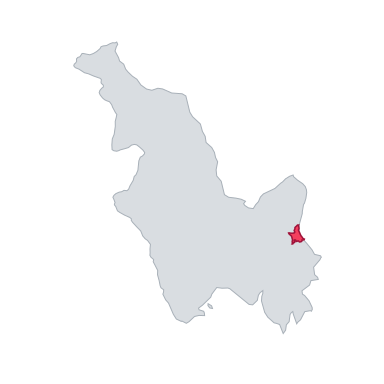 Cholwon, Kangwŏn-do, North Korea (highlighted), rotated 283°
{"feature_id": "82179303B128003605723", "entity_name": "Cholwon", "entity_type": "district", "adm_level": 2, "iso_a3": "PRK", "parent_name": "North Korea", "parent_adm1": "Kangwŏn-do", "projection": "albers", "projection_center": [126.987, 38.318], "detail": "fine", "context": "in_parent", "style": "filled", "palette": "rose", "viewbox_px": 384, "rotation_deg": 283, "n_neighbors": 0, "source": "geoboundaries", "source_scale": "gbopen_adm2", "svg_char_len": 4696}
<svg xmlns="http://www.w3.org/2000/svg" viewBox="0 0 384 384"><g transform="rotate(283 192 192)"><path d="M231.3,286.7L229.8,287.5L227.3,292.1L225.0,298.0L222.8,301.1L220.1,302.9L217.3,303.9L211.6,304.4L206.5,304.1L204.8,303.5L197.7,303.9L195.7,304.3L185.6,303.9L180.3,304.4L176.9,305.5L173.5,307.9L170.5,311.4L167.9,315.2L162.6,322.0L158.8,325.4L158.8,330.2L158.7,331.7L157.4,332.7L156.9,332.3L154.8,331.9L146.1,327.4L139.0,330.1L137.1,333.6L135.2,334.7L132.4,327.8L127.8,327.5L120.5,321.4L117.3,322.6L116.5,325.0L112.3,330.5L106.6,335.0L104.7,335.6L102.7,335.2L103.0,334.0L100.8,328.8L91.9,326.5L88.7,324.2L87.1,323.7L95.9,318.1L98.2,317.1L96.6,315.8L94.7,315.1L87.5,315.8L83.8,313.8L78.4,314.3L74.6,312.7L82.6,307.2L83.0,303.9L83.0,301.4L87.1,294.0L91.1,289.9L101.5,284.2L106.0,283.5L109.2,283.8L111.9,283.2L109.2,281.0L106.4,279.9L101.1,280.0L95.7,276.5L95.3,272.9L106.3,250.5L106.5,248.5L105.0,242.9L104.5,237.6L97.0,234.3L93.7,233.9L84.1,227.7L80.3,224.5L78.8,225.4L78.4,230.2L77.0,231.2L74.4,232.1L73.3,226.6L71.3,222.5L65.0,218.3L62.8,216.0L64.0,211.2L63.5,210.7L64.7,205.3L68.7,201.3L78.5,194.1L81.0,190.6L85.9,186.6L88.1,186.8L90.4,186.4L91.1,184.7L91.7,183.3L93.6,182.0L98.3,179.9L103.7,177.0L107.9,176.2L113.1,171.8L115.3,169.9L117.4,169.9L118.0,169.0L119.2,166.7L120.9,165.2L123.2,164.9L126.9,163.9L131.6,163.3L134.8,159.6L135.9,156.9L138.1,153.9L142.5,150.8L145.6,146.0L149.1,140.9L150.7,139.2L152.3,138.9L153.2,137.0L154.3,131.5L155.9,126.1L156.9,123.6L160.8,120.9L161.8,119.5L162.6,119.1L164.4,119.4L166.9,117.8L169.1,116.1L171.2,116.7L173.3,118.2L175.5,121.1L176.5,123.5L178.3,125.4L178.6,128.3L180.4,129.6L184.1,130.2L190.1,132.1L194.1,132.2L196.3,133.6L201.0,134.4L210.4,133.2L214.3,133.8L215.9,135.6L218.3,137.0L219.9,137.0L221.9,134.6L224.1,130.6L225.5,127.5L225.4,125.1L224.1,122.5L221.0,120.1L218.9,116.4L216.9,112.6L215.8,111.3L214.8,109.5L214.6,106.6L215.3,104.6L219.9,103.3L225.8,102.4L230.7,103.2L238.7,102.5L243.6,101.3L247.3,101.4L250.7,101.3L252.1,99.6L256.7,95.6L259.0,94.1L261.4,91.3L261.7,88.5L262.2,86.2L263.5,83.7L265.9,80.7L267.9,79.2L270.3,79.4L272.8,80.7L274.4,82.0L276.1,81.6L277.5,79.2L278.4,78.7L281.2,78.4L282.1,76.9L282.9,69.9L283.9,64.4L284.0,60.5L286.3,54.1L286.9,50.3L288.3,48.4L290.1,48.5L291.5,49.6L293.3,50.2L295.7,49.5L297.4,50.4L298.6,52.4L302.2,53.7L302.5,54.7L302.7,61.6L304.8,64.8L307.5,67.6L311.1,70.2L313.1,70.7L314.3,72.5L315.5,75.8L318.2,78.9L319.6,81.1L320.0,83.6L321.2,84.9L319.2,86.4L316.5,85.6L312.0,85.3L306.4,90.2L303.3,92.0L301.2,96.7L296.8,99.7L294.5,102.7L291.4,107.9L289.5,112.9L284.8,118.1L282.1,124.5L282.1,130.0L285.4,135.4L285.8,140.2L283.9,150.0L285.5,160.3L284.2,164.4L269.3,171.9L265.5,175.6L260.1,184.9L253.4,188.5L249.2,192.3L243.4,194.6L239.8,201.2L235.7,204.9L230.9,207.2L227.2,210.2L219.0,210.5L213.2,212.5L209.1,218.0L196.7,224.2L195.1,228.9L195.9,236.1L196.0,241.6L195.0,246.2L192.2,244.9L190.8,246.4L189.2,250.6L189.6,255.4L194.0,256.9L197.5,258.9L202.5,259.8L206.2,262.0L214.1,272.0L220.5,276.4L222.2,278.0L225.9,280.2L229.3,283.6L231.3,286.7ZM85.5,236.7L83.1,238.2L83.0,235.4L84.9,233.1L86.8,232.8L85.5,236.7Z" fill="#d9dde1" stroke="#a8b0b8" stroke-width="1"/><path d="M163.9,301.2L163.9,301.4L164.0,301.6L164.1,301.9L164.4,302.0L165.0,302.2L165.4,302.2L165.6,302.4L165.7,302.6L165.7,302.9L165.8,303.2L166.1,303.4L166.4,303.4L166.7,303.3L167.3,302.7L167.5,302.6L168.0,302.4L168.3,302.6L168.4,302.8L168.5,303.1L168.5,303.4L168.5,303.7L168.3,304.0L167.9,304.3L167.6,304.4L167.3,304.9L167.4,305.2L167.5,305.4L167.7,305.6L168.2,306.3L168.2,306.6L168.1,306.9L168.0,307.2L167.6,307.6L167.5,307.9L167.5,308.2L167.7,308.6L168.1,309.4L168.4,309.8L169.0,310.1L169.9,310.0L169.9,310.3L170.1,310.8L170.3,311.0L170.5,311.5L170.6,311.8L170.7,312.0L171.4,312.1L171.6,311.1L171.7,310.8L171.8,310.5L171.9,310.3L172.0,310.1L172.3,310.0L172.5,309.8L172.6,309.6L173.0,309.2L173.3,308.9L173.5,308.7L173.8,308.0L174.3,307.8L174.6,307.5L175.0,307.1L175.5,306.8L176.3,306.1L176.5,306.1L177.0,305.8L177.3,305.3L177.6,305.1L177.8,305.0L178.7,304.4L178.8,304.3L179.0,304.3L179.4,304.3L179.7,304.5L179.9,304.5L180.2,304.6L180.9,304.3L181.9,304.0L182.3,303.7L183.0,303.3L183.2,303.2L183.6,303.2L183.8,303.3L183.8,302.7L183.4,302.1L183.0,301.9L182.5,301.6L182.0,301.3L181.4,300.8L180.9,300.5L180.3,300.3L179.9,300.5L179.2,300.5L178.5,300.5L177.8,300.2L177.4,300.2L176.9,300.6L176.2,301.2L175.3,301.0L175.1,300.5L174.8,300.2L174.5,299.3L174.3,298.4L174.1,297.8L174.1,297.3L174.1,296.4L174.0,295.6L173.8,295.3L172.8,296.2L172.3,297.2L171.5,298.7L170.2,299.6L169.4,299.9L168.6,300.4L167.9,300.7L167.2,300.7L166.3,300.7L165.7,301.0L165.4,301.0L164.7,301.3L164.1,301.3L163.9,301.2Z" fill="#f43f5e" stroke="#9f1239" stroke-width="1.5"/></g></svg>